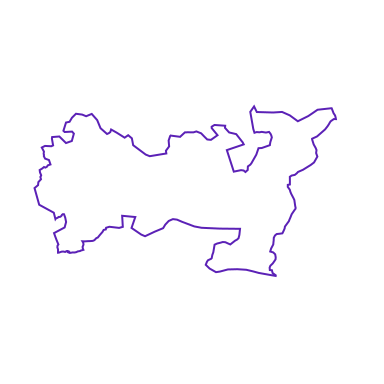 Kankia, Katsina, Nigeria, rotated 260°
{"feature_id": "59680162B50176982462081", "entity_name": "Kankia", "entity_type": "district", "adm_level": 2, "iso_a3": "NGA", "parent_name": "Nigeria", "parent_adm1": "Katsina", "projection": "equal_earth", "projection_center": [7.787, 12.43], "detail": "fine", "context": "isolated", "style": "outline", "palette": "violet", "viewbox_px": 384, "rotation_deg": 260, "n_neighbors": 0, "source": "geoboundaries", "source_scale": "gbopen_adm2", "svg_char_len": 3961}
<svg xmlns="http://www.w3.org/2000/svg" viewBox="0 0 384 384"><g transform="rotate(260 192 192)"><path d="M242.5,346.2L245.0,345.1L250.2,344.1L250.3,343.7L251.2,329.9L248.6,324.2L246.6,319.7L243.3,308.5L250.5,301.6L255.2,294.6L256.2,285.7L259.5,269.7L265.5,268.0L260.8,263.3L243.4,263.3L239.5,263.8L239.8,266.1L239.1,268.8L239.1,271.1L238.3,273.4L237.7,275.2L237.8,278.3L235.8,279.4L234.0,279.9L231.9,280.1L228.7,278.4L227.3,277.7L224.6,276.8L223.2,268.3L223.6,265.1L217.6,261.8L210.6,256.0L210.3,255.8L208.8,254.2L207.5,251.5L206.8,251.3L204.0,250.7L202.4,248.1L204.2,246.6L205.0,244.1L204.8,236.7L227.2,233.6L229.9,251.2L232.2,250.5L232.3,250.4L232.5,250.3L241.3,245.6L242.1,243.8L244.2,238.9L249.5,235.6L251.5,236.2L254.1,225.8L252.9,222.7L251.5,222.5L243.5,227.0L240.1,219.8L240.1,219.7L240.5,218.1L241.1,216.1L244.2,213.9L248.2,211.2L250.9,206.8L250.5,203.8L250.5,203.7L251.1,200.5L251.7,197.6L251.7,196.6L252.0,195.5L251.4,194.5L248.5,190.0L248.4,189.9L251.2,181.0L251.3,180.9L250.9,180.2L246.7,177.9L246.4,177.9L240.9,177.4L239.6,176.1L237.2,173.5L234.4,173.4L234.6,156.6L236.9,152.9L248.3,142.2L255.3,142.1L259.0,139.0L257.2,135.1L263.3,128.4L267.6,123.2L266.6,122.7L266.1,122.4L265.8,122.3L265.2,121.9L264.7,120.9L264.4,120.4L263.9,118.4L270.7,113.0L279.3,111.1L286.3,106.8L285.0,100.9L287.3,97.3L289.2,91.3L286.0,86.7L282.4,83.6L282.3,80.0L274.6,76.0L273.2,77.0L272.3,84.4L270.0,85.8L263.1,82.5L262.1,76.4L269.7,71.0L270.4,63.8L268.9,63.3L262.0,63.3L261.5,61.4L262.9,55.2L261.9,51.8L257.5,53.2L255.3,52.5L254.2,52.7L253.1,52.3L250.4,53.1L248.3,56.7L243.7,57.4L243.3,54.7L242.0,53.4L241.5,51.8L242.3,50.6L241.1,48.5L240.1,45.8L237.7,45.7L235.0,46.3L234.7,46.4L233.7,45.8L233.5,45.5L233.1,45.3L231.8,45.4L230.8,45.5L228.4,42.4L225.5,41.6L223.2,37.6L206.0,39.3L195.6,52.3L189.0,52.8L189.6,53.4L189.8,54.5L190.0,55.3L190.6,56.3L190.4,57.7L190.7,58.5L191.3,59.4L192.1,60.0L192.6,61.0L192.3,62.1L188.8,62.7L184.3,62.8L179.2,60.4L175.5,49.0L171.8,49.6L170.3,49.9L168.6,50.2L165.8,50.8L163.5,51.3L162.6,50.3L160.9,49.8L158.8,50.1L155.5,49.5L155.4,50.4L155.6,51.4L155.9,53.5L155.7,54.9L155.0,56.7L155.6,58.2L155.5,59.3L154.8,60.4L154.1,59.6L153.2,61.1L153.2,62.5L153.2,64.1L152.8,65.9L152.9,67.9L153.3,68.9L153.3,71.5L153.6,72.2L153.9,75.0L155.2,74.7L156.9,74.7L159.0,76.0L160.9,76.1L162.5,75.5L162.0,77.8L161.7,80.7L161.3,83.5L161.1,85.8L161.5,87.5L163.2,89.8L163.5,91.3L165.7,93.8L168.2,96.9L170.0,98.4L170.1,100.6L171.7,101.2L172.1,104.6L169.3,114.0L169.7,117.8L180.7,119.1L177.2,131.8L167.1,126.2L158.9,134.6L156.6,138.1L159.4,148.4L161.4,157.3L164.5,160.0L167.5,164.0L168.0,165.9L168.4,167.6L168.6,168.5L167.4,172.4L164.2,177.3L157.7,188.3L155.1,195.2L151.5,211.3L151.1,213.1L147.4,232.9L141.5,231.2L138.4,229.8L137.3,228.1L136.6,226.0L133.7,220.6L135.3,218.2L136.3,216.8L136.8,216.0L137.4,213.6L137.1,211.0L136.9,207.8L136.2,205.1L128.9,202.5L126.5,201.1L123.4,199.9L122.9,199.2L122.0,195.9L120.7,194.6L117.9,192.9L113.6,196.0L108.9,201.7L108.8,205.7L109.5,213.9L108.1,223.2L106.0,231.9L103.2,238.4L100.7,243.7L94.8,259.8L95.4,260.0L97.5,258.0L98.2,257.3L101.1,257.1L101.6,255.1L103.9,255.3L104.2,255.4L105.8,256.4L107.6,259.1L110.0,261.5L111.2,262.6L113.2,263.1L116.2,263.1L118.4,261.5L119.8,258.7L122.6,260.1L126.2,262.9L129.1,263.7L129.6,263.9L132.7,264.6L134.7,266.1L135.3,267.0L135.9,268.2L135.7,270.8L135.6,273.8L136.2,274.3L137.6,275.3L140.0,276.9L141.8,277.5L146.5,282.4L147.6,283.0L149.7,284.4L152.8,286.3L156.4,289.8L157.5,291.0L158.4,291.3L160.3,291.2L163.5,291.3L166.3,291.4L168.2,290.9L172.9,289.4L175.2,288.9L177.3,288.7L180.4,287.2L182.4,287.6L182.4,289.7L185.2,290.2L190.0,291.0L190.9,293.0L191.0,296.2L192.2,298.4L193.3,299.8L194.1,303.0L194.6,305.1L198.0,313.6L199.9,317.3L205.1,321.6L208.8,321.0L211.7,321.9L214.0,321.4L217.7,320.1L223.0,319.4L223.6,319.5L225.0,324.8L230.5,333.9L233.2,336.9L235.0,338.6L236.6,339.9L237.6,340.9L239.2,344.3L238.8,346.4L240.3,346.4L242.5,346.2Z" fill="none" stroke="#5b21b6" stroke-width="2"/></g></svg>